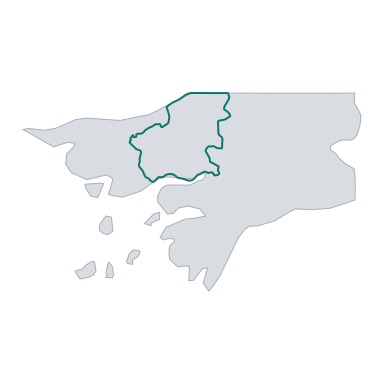 Oio highlighted on a map of Guinea-Bissau
{"feature_id": "GNB-772", "entity_name": "Oio", "entity_type": "Region", "adm_level": 1, "iso_a3": "GNB", "parent_name": "Guinea-Bissau", "parent_adm1": "", "projection": "orthographic", "projection_center": [-15.268, 12.289], "detail": "fine", "context": "in_parent", "style": "outline", "palette": "teal", "viewbox_px": 384, "rotation_deg": 0, "n_neighbors": 0, "source": "natural_earth", "source_scale": "10m", "svg_char_len": 4737}
<svg xmlns="http://www.w3.org/2000/svg" viewBox="0 0 384 384"><path d="M23.0,129.5L29.2,128.5L44.2,130.3L55.9,128.2L64.2,124.6L75.4,119.7L86.2,118.1L120.1,120.4L149.5,114.5L171.4,103.3L191.7,92.9L217.8,93.0L245.9,93.1L285.8,93.2L317.4,93.2L354.6,93.1L354.3,102.4L361.0,115.3L360.0,125.0L357.2,134.3L354.8,137.9L351.5,140.0L341.5,140.0L337.3,141.9L330.7,145.5L330.5,149.7L335.8,153.7L340.2,159.3L345.3,163.7L354.1,168.8L354.9,174.5L355.3,188.8L354.9,200.0L330.3,208.2L311.5,209.7L295.5,208.9L288.5,212.4L274.7,220.8L257.7,225.9L249.0,226.3L244.8,229.3L238.2,238.0L219.8,276.0L213.7,285.1L208.8,291.1L203.1,283.0L207.5,268.1L202.8,268.3L193.4,280.4L188.8,280.7L189.4,266.5L184.2,265.9L178.1,267.0L169.7,259.5L168.9,253.9L169.5,246.2L174.7,241.2L174.0,239.1L169.0,238.5L163.5,239.9L160.1,237.5L165.7,227.4L185.4,219.0L195.3,218.1L205.5,216.2L199.9,208.9L187.9,206.1L178.2,208.1L173.4,213.3L167.5,214.2L157.6,201.8L157.8,195.6L161.5,188.3L167.2,185.0L190.0,185.1L198.7,180.9L202.2,180.2L205.5,176.4L204.8,173.9L201.1,173.8L192.6,178.7L165.1,176.8L156.3,179.8L141.0,191.0L122.2,197.3L108.5,194.6L112.9,179.4L111.0,177.4L106.7,174.9L86.7,179.6L71.5,172.7L65.6,164.3L66.7,153.8L73.8,146.7L75.0,143.2L67.4,142.5L53.6,146.8L23.0,129.5ZM89.0,277.3L80.1,279.0L76.0,273.3L75.4,271.2L80.1,269.3L82.2,269.2L85.8,265.1L90.2,262.4L92.1,261.5L94.4,261.7L96.0,270.8L93.8,274.6L89.0,277.3ZM112.9,231.1L107.7,234.7L102.3,233.0L99.4,229.8L99.8,224.1L105.9,216.0L111.4,217.1L112.9,231.1ZM103.6,183.7L97.8,197.6L90.6,196.1L85.6,187.8L85.1,184.2L99.6,183.2L103.6,183.7ZM132.6,259.7L132.6,264.3L127.9,263.5L126.5,262.1L129.3,253.6L133.5,249.9L138.5,250.5L140.1,251.6L139.1,254.9L136.8,257.5L132.6,259.7ZM151.8,223.1L150.8,225.7L144.4,223.5L153.7,213.9L159.7,212.2L159.5,219.6L154.8,221.2L151.8,223.1ZM113.5,274.8L112.4,277.9L105.9,277.4L107.4,274.2L105.9,273.3L107.9,263.7L108.8,262.2L112.0,265.8L112.5,267.3L113.5,274.8Z" fill="#d9dde1" stroke="#a8b0b8" stroke-width="1"/><path d="M197.2,93.0L227.7,93.1L228.9,95.4L229.1,96.7L229.1,98.0L228.9,98.8L228.6,99.4L226.8,102.4L226.3,103.5L225.2,105.1L224.8,106.1L224.1,107.8L224.1,108.8L224.3,109.5L224.7,109.8L227.5,111.7L228.9,113.2L229.2,113.5L229.5,114.0L229.8,114.6L230.2,115.5L230.1,116.2L229.7,116.6L229.3,117.0L228.8,117.2L228.2,117.4L227.7,117.7L226.3,118.8L225.9,119.1L224.1,119.7L218.7,120.8L218.2,121.1L218.0,121.7L218.4,132.9L218.5,133.6L218.7,134.2L219.0,134.6L219.3,135.1L221.5,136.9L221.9,137.3L222.2,138.3L222.5,139.8L222.2,142.0L222.1,147.3L221.9,148.2L221.4,148.5L220.2,148.3L218.1,148.2L217.4,148.1L216.8,147.9L213.9,146.3L213.5,146.2L213.1,146.1L212.6,146.1L212.0,146.3L211.4,146.5L210.8,146.5L210.2,146.5L209.6,146.3L209.1,146.3L208.6,146.5L208.1,146.8L207.7,147.2L206.6,148.4L205.8,149.8L205.6,150.6L205.7,151.3L209.2,157.3L209.6,158.5L210.0,161.3L210.2,161.8L210.6,162.3L211.1,162.5L212.4,162.8L213.3,163.3L213.9,163.8L218.4,166.3L218.7,166.9L218.6,167.5L218.1,168.5L217.9,169.3L217.9,170.0L217.9,170.3L218.1,170.8L218.9,172.4L219.1,173.2L219.2,173.6L219.1,173.9L218.9,174.1L218.6,174.3L218.1,174.6L217.6,174.9L217.0,175.1L215.8,175.4L214.6,175.3L214.2,175.2L214.2,174.5L213.5,173.7L212.7,173.2L212.7,172.8L211.6,172.5L210.3,172.4L209.2,172.9L208.3,173.0L205.9,172.0L204.6,171.7L203.1,172.2L199.6,174.3L197.8,174.8L196.9,175.6L193.7,179.1L192.1,180.2L189.6,180.7L187.5,180.3L183.0,178.8L178.6,178.0L177.3,177.4L175.7,176.0L173.6,174.6L171.1,174.0L168.5,174.1L166.0,174.8L165.2,175.3L163.4,176.9L162.7,177.2L160.3,177.1L159.0,177.1L158.1,177.5L154.6,181.1L153.9,181.5L152.7,182.0L150.7,180.7L150.1,180.2L148.6,178.4L147.7,178.0L146.3,177.5L145.7,177.1L145.3,176.6L144.0,174.2L143.3,171.9L142.9,171.2L139.4,166.8L139.0,165.9L138.9,165.3L138.9,164.6L139.8,161.3L139.8,160.4L139.7,159.6L139.6,159.0L139.6,158.3L140.9,153.6L141.0,152.4L141.0,151.5L140.7,151.0L140.3,150.6L139.8,150.3L136.9,149.3L136.3,149.0L135.9,148.7L135.4,148.3L134.3,147.1L131.8,144.9L130.3,143.2L129.9,142.7L129.7,142.3L129.7,141.8L129.9,141.3L130.8,140.5L130.9,139.8L130.7,139.4L130.4,138.9L130.5,138.1L131.8,136.4L132.5,135.6L133.1,135.3L133.4,135.8L133.6,136.9L134.0,137.2L134.6,137.2L135.3,137.1L135.9,136.9L136.3,136.6L136.4,135.8L136.3,135.3L136.3,134.7L136.6,134.2L137.6,133.8L138.4,133.6L140.5,133.8L141.2,133.6L143.4,132.5L143.9,132.0L144.5,131.0L145.1,130.3L149.3,127.6L151.5,126.8L152.6,126.2L154.7,124.7L155.8,124.3L156.6,124.2L157.2,124.3L157.7,124.3L158.0,124.3L158.6,124.1L159.2,124.1L159.8,124.2L160.3,124.5L160.9,126.3L161.2,126.8L161.7,127.1L162.3,127.1L162.9,126.8L166.6,124.2L167.2,124.0L167.8,123.5L168.3,122.8L168.9,120.3L169.2,118.7L169.3,117.1L168.9,114.5L166.8,107.6L166.6,106.9L172.5,102.6L179.2,99.5L185.7,94.8L188.6,93.5L191.8,93.0L197.2,93.0Z" fill="none" stroke="#0f766e" stroke-width="2"/></svg>